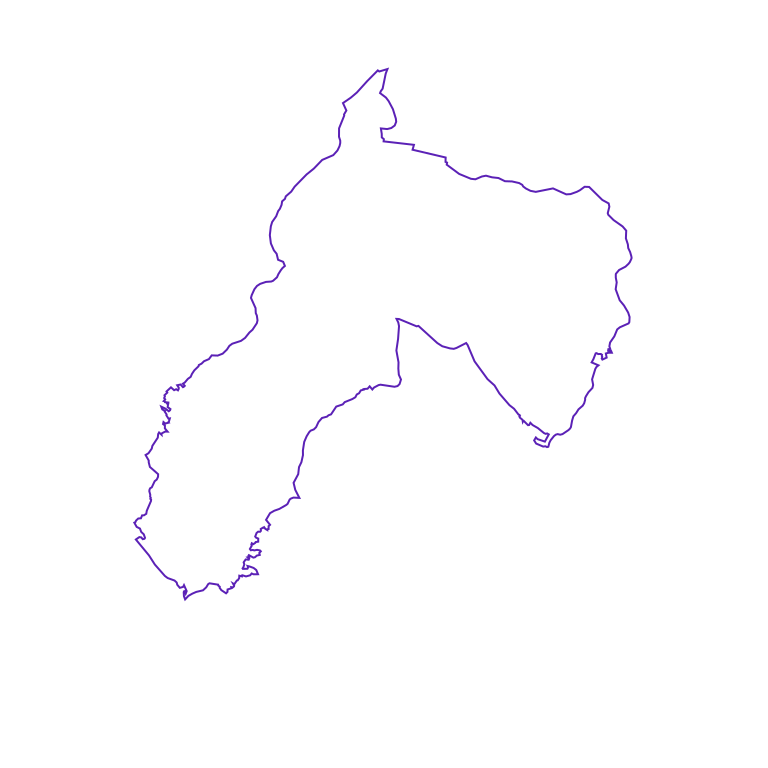 outline of Cruset, Gorj, Romania, rotated 207°
{"feature_id": "2599482B18227556785011", "entity_name": "Cruset", "entity_type": "district", "adm_level": 2, "iso_a3": "ROU", "parent_name": "Romania", "parent_adm1": "Gorj", "projection": "orthographic", "projection_center": [23.663, 44.657], "detail": "fine", "context": "isolated", "style": "outline", "palette": "violet", "viewbox_px": 768, "rotation_deg": 207, "n_neighbors": 0, "source": "geoboundaries", "source_scale": "gbopen_adm2", "svg_char_len": 6166}
<svg xmlns="http://www.w3.org/2000/svg" viewBox="0 0 768 768"><g transform="rotate(207 384 384)"><path d="M523.9,666.2L530.1,660.3L531.9,660.6L536.5,646.2L540.5,631.4L543.6,624.0L548.1,615.7L541.7,610.6L542.0,606.0L541.3,605.1L540.1,591.4L536.3,583.8L533.5,581.0L532.4,578.9L531.6,575.8L531.5,570.9L533.1,564.9L540.8,555.6L544.3,544.1L548.1,535.6L553.2,519.3L554.0,513.3L556.7,506.6L556.3,504.0L557.7,500.5L556.6,497.1L556.3,492.9L556.8,490.0L556.2,484.5L557.2,477.6L556.4,473.1L553.3,464.8L548.6,457.9L542.8,453.1L538.8,451.3L534.8,446.6L529.3,447.1L525.9,444.2L527.1,441.2L527.6,438.5L528.0,434.1L527.8,430.5L529.7,425.6L531.0,424.1L535.5,421.4L539.8,417.0L541.7,413.7L542.5,409.6L542.2,403.0L541.6,400.3L532.9,393.3L530.4,388.9L528.4,387.3L525.6,383.3L524.9,380.4L525.8,372.6L527.3,368.8L528.7,362.0L531.0,357.5L537.5,351.0L539.1,347.8L539.6,343.3L541.5,337.8L545.1,333.8L550.5,331.3L551.3,326.7L554.7,322.6L555.8,319.3L557.6,316.8L557.3,315.6L559.2,310.1L559.7,305.9L559.5,302.6L561.1,299.5L562.2,294.8L563.3,293.0L560.7,291.9L561.2,290.5L561.7,289.9L565.0,291.2L567.7,289.0L565.3,287.6L564.7,286.5L564.7,284.8L566.8,285.0L568.2,283.2L572.3,284.3L574.4,278.6L573.2,277.9L574.5,274.3L573.6,273.5L573.5,271.7L572.0,271.0L572.5,268.8L571.4,269.0L570.9,268.4L567.7,269.6L567.4,268.9L568.6,268.2L567.0,267.4L566.3,265.2L562.9,264.7L562.7,263.5L563.4,262.0L567.5,262.8L572.2,262.7L570.0,260.7L566.8,260.5L566.8,259.8L563.9,258.2L563.7,257.3L560.3,255.3L559.2,256.1L558.5,252.5L559.0,251.7L558.5,251.6L560.9,249.5L563.2,250.0L562.7,248.0L560.4,247.6L559.1,245.0L555.2,243.3L557.3,242.3L558.7,240.4L559.8,238.7L559.2,237.8L562.4,238.7L562.5,236.9L561.2,233.5L562.3,223.7L561.6,221.0L562.4,215.4L564.2,212.5L558.9,209.0L558.0,207.3L554.9,203.8L544.3,201.1L543.2,198.7L543.1,195.7L544.2,193.3L544.0,186.5L545.0,185.0L545.0,183.6L544.5,182.0L541.9,179.1L541.3,177.5L540.2,176.8L540.1,175.6L539.1,175.4L538.5,174.0L537.8,163.3L536.9,160.4L538.3,158.0L539.9,157.1L539.6,154.0L541.9,152.6L542.9,149.8L542.8,148.0L543.5,147.1L539.5,144.4L535.8,144.4L533.2,142.0L529.8,141.0L527.1,138.4L527.2,137.3L528.5,136.2L530.6,137.1L532.5,136.5L534.5,132.8L515.6,124.6L506.2,119.1L492.1,113.5L488.7,112.9L481.4,113.8L478.6,113.0L477.1,111.3L473.4,109.7L470.9,112.0L470.9,114.0L465.8,109.9L465.5,107.2L467.5,109.0L468.1,108.4L467.9,107.5L465.9,104.1L463.4,101.8L462.1,106.4L459.6,110.2L456.9,113.5L451.6,118.0L450.1,122.1L449.8,125.9L449.0,127.2L440.7,129.9L440.2,129.2L438.3,128.8L437.9,127.8L435.4,126.5L429.7,125.8L429.1,127.7L430.1,129.9L427.1,132.9L427.8,133.7L426.4,134.1L425.8,135.5L425.9,136.2L428.0,137.7L426.5,137.6L425.9,142.1L425.2,142.7L424.9,145.3L425.9,147.5L423.3,148.1L423.7,148.9L423.3,149.3L419.6,149.9L416.4,152.8L415.9,155.1L414.0,155.2L409.9,157.3L413.4,160.3L416.7,160.9L420.8,160.4L422.9,159.9L421.8,159.0L421.8,157.4L425.8,155.2L426.3,155.5L426.1,156.8L426.6,159.9L428.1,161.4L427.6,164.9L424.8,166.0L424.9,167.3L426.9,167.7L425.7,168.8L426.8,169.6L426.7,170.2L421.6,170.0L420.3,171.1L419.4,173.4L417.1,175.3L418.4,176.8L417.8,179.0L418.9,179.4L421.8,178.6L424.1,176.8L425.5,176.6L427.2,175.4L428.6,176.1L428.4,179.9L429.3,180.7L429.5,182.1L427.7,182.0L426.6,184.0L426.6,184.9L424.5,186.4L425.9,189.2L428.1,189.0L429.5,189.6L429.9,193.4L429.1,195.3L427.3,196.1L427.0,197.3L428.0,198.9L426.4,201.4L425.7,201.3L425.6,201.9L423.8,201.0L421.7,200.9L422.1,201.6L421.0,202.4L422.3,205.0L421.6,206.8L427.4,209.4L426.9,217.2L424.2,221.3L420.6,225.1L416.2,231.8L415.5,233.4L415.6,238.3L414.9,239.7L413.1,241.7L407.7,244.1L415.0,249.4L419.7,254.9L419.5,264.7L422.0,271.4L422.1,276.8L423.9,283.8L426.1,288.0L428.8,296.2L429.2,302.3L428.8,307.1L428.2,309.1L425.9,311.7L424.9,314.7L425.1,320.4L423.8,325.6L420.0,329.0L419.2,331.0L417.4,332.9L416.3,342.2L411.5,347.1L410.8,350.0L405.4,356.2L403.5,359.2L403.5,362.3L402.0,364.5L401.8,367.7L399.5,369.8L399.9,370.1L399.5,370.5L396.5,372.3L395.7,375.4L391.9,373.8L391.3,376.3L388.3,380.6L386.8,381.8L373.4,386.3L371.0,388.3L370.1,391.0L370.9,395.7L375.0,399.0L378.2,404.2L380.9,409.9L388.2,419.5L391.9,430.5L396.9,442.4L399.2,445.3L402.4,447.7L400.2,448.7L381.1,450.2L379.7,451.4L355.1,444.7L349.2,444.1L341.3,445.7L337.8,447.0L335.8,449.0L329.4,457.8L327.2,456.7L313.6,445.3L293.9,435.3L284.9,432.9L276.8,427.9L262.6,422.1L256.9,421.0L250.2,417.8L249.3,418.0L248.4,417.4L248.6,416.5L247.6,415.7L244.4,415.0L243.2,413.4L243.2,414.3L242.8,414.6L237.0,412.7L236.1,413.3L236.0,415.9L233.0,414.9L227.0,414.6L219.1,412.9L217.3,413.0L216.2,414.0L214.3,413.9L214.5,405.7L222.2,404.6L224.4,405.3L224.6,401.9L221.4,400.0L213.8,400.5L211.9,401.8L210.1,401.8L209.1,402.7L210.0,406.7L210.0,409.5L208.9,414.8L207.9,416.9L206.5,418.2L204.0,418.8L202.2,420.4L198.7,426.7L198.0,428.8L197.9,430.5L199.8,436.8L200.6,441.2L199.6,445.2L199.2,449.7L197.1,454.9L196.9,457.7L197.6,461.2L198.4,462.7L198.5,464.7L198.1,469.5L196.5,475.1L197.2,478.1L200.7,482.6L202.6,493.6L202.4,495.8L201.4,498.0L208.8,497.5L208.7,501.2L209.3,507.4L208.6,508.0L206.8,507.9L204.4,509.2L203.0,509.0L202.7,507.9L201.8,507.2L201.6,505.6L200.5,504.9L197.6,508.6L200.2,511.9L198.1,513.8L195.2,515.3L196.6,516.5L199.4,515.4L199.9,516.9L198.3,517.9L200.3,519.9L201.4,523.6L200.4,531.0L201.0,538.5L199.6,541.6L193.6,549.0L193.5,550.5L195.6,555.2L198.9,558.5L205.8,562.9L212.0,565.6L220.6,573.6L222.8,580.2L225.7,583.9L227.2,586.8L227.4,587.5L226.3,592.3L222.1,598.2L220.7,602.1L220.3,604.1L220.4,607.4L220.6,608.7L221.7,610.2L224.6,613.3L228.1,616.0L230.1,619.1L234.6,623.6L237.8,630.6L242.9,632.7L253.9,634.3L261.0,636.6L262.2,637.8L263.7,644.3L265.8,646.9L273.0,647.1L290.7,652.7L294.8,650.8L297.4,645.6L299.4,642.8L304.0,637.9L307.7,635.7L322.2,635.0L336.0,624.1L341.2,622.6L346.3,622.6L349.7,623.2L351.2,624.2L354.8,624.4L361.9,622.6L368.3,619.6L375.5,619.5L381.6,617.2L387.7,615.9L391.0,613.3L395.5,607.9L399.7,606.3L412.4,605.3L427.7,607.9L428.3,609.9L430.0,609.8L431.9,613.8L464.9,605.7L465.9,610.7L494.5,600.0L495.3,602.1L497.9,602.7L499.6,605.9L502.8,610.3L496.9,612.6L493.7,615.4L491.8,619.2L492.2,623.2L493.9,625.8L500.8,632.9L508.2,638.1L512.3,640.1L519.6,641.4L519.8,643.4L519.3,646.5L523.4,661.4L523.9,666.2Z" fill="none" stroke="#5b21b6" stroke-width="2"/></g></svg>